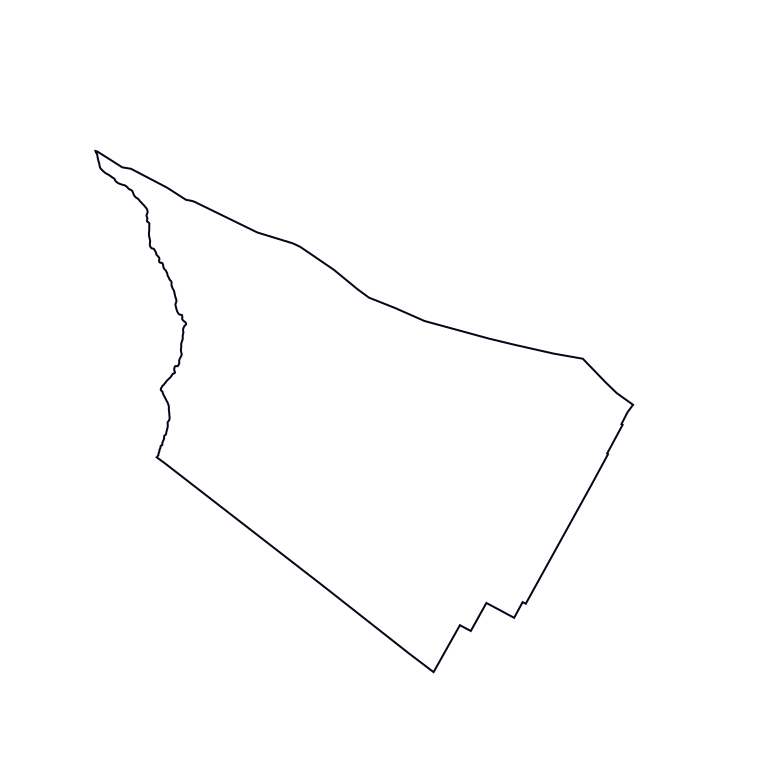 José C. Paz, Buenos Aires, Argentina (Robinson projection), rotated 347°
{"feature_id": "61730980B63252687279730", "entity_name": "José C. Paz", "entity_type": "district", "adm_level": 2, "iso_a3": "ARG", "parent_name": "Argentina", "parent_adm1": "Buenos Aires", "projection": "robinson", "projection_center": [-58.809, -34.505], "detail": "fine", "context": "isolated", "style": "outline", "palette": "ink", "viewbox_px": 768, "rotation_deg": 347, "n_neighbors": 0, "source": "geoboundaries", "source_scale": "gbopen_adm2", "svg_char_len": 3412}
<svg xmlns="http://www.w3.org/2000/svg" viewBox="0 0 768 768"><g transform="rotate(347 384 384)"><path d="M326.9,226.5L294.7,207.9L240.3,163.8L238.4,162.6L232.4,159.9L216.8,143.9L185.9,117.4L177.7,114.0L157.0,93.0L155.3,92.1L155.4,93.7L156.1,95.1L156.1,96.9L156.0,98.3L155.9,100.4L156.0,103.9L156.1,105.1L156.0,107.1L156.0,108.8L156.3,110.3L157.0,111.4L157.7,112.6L158.3,113.5L159.2,114.7L160.2,116.0L161.1,116.8L162.1,117.6L163.6,119.1L164.9,120.6L165.8,121.6L166.8,122.6L167.7,123.8L167.8,125.1L168.3,126.2L169.5,127.8L170.3,128.6L172.1,129.9L173.6,130.8L174.9,131.5L175.8,131.9L176.8,132.8L177.7,133.8L178.4,134.9L179.1,136.4L180.2,137.4L181.1,137.9L182.2,139.4L182.5,141.2L182.9,144.0L184.0,146.2L184.7,146.9L185.9,148.2L186.8,149.6L187.4,151.2L188.1,152.0L189.2,154.2L190.1,155.5L190.9,157.1L191.9,159.0L192.5,160.9L192.4,163.1L191.8,164.5L190.7,165.8L190.4,166.9L190.7,168.6L190.6,169.9L189.9,171.2L189.7,172.4L191.3,174.1L191.5,175.2L190.9,176.6L190.6,178.4L190.2,179.8L189.7,181.9L189.0,183.7L188.7,185.0L188.3,188.4L188.4,189.9L188.3,192.2L187.3,194.9L187.2,196.2L187.2,197.8L188.0,199.4L189.2,200.0L190.2,200.6L190.7,202.3L191.1,203.5L191.5,205.3L191.3,206.6L192.9,209.4L193.3,210.5L193.3,211.9L192.6,213.0L192.5,214.7L193.3,215.6L194.4,215.7L195.2,216.4L195.6,217.8L195.4,219.1L195.4,221.2L195.9,222.7L197.1,224.7L197.3,226.0L197.7,227.1L197.5,228.8L197.8,230.7L198.3,232.1L198.5,233.9L199.1,234.9L199.7,235.8L199.9,237.1L199.5,238.6L199.1,240.4L199.4,241.8L199.6,243.7L200.1,245.0L200.4,246.7L200.3,247.9L200.3,249.7L200.3,251.2L200.3,252.5L200.5,254.0L200.6,255.8L199.8,257.8L198.9,259.0L198.5,260.4L198.6,262.0L198.6,264.2L198.7,265.4L198.8,266.7L199.4,268.7L200.1,270.1L201.6,270.9L202.6,271.3L202.7,272.7L202.4,273.9L201.9,275.1L202.3,276.3L202.9,277.4L203.6,278.2L204.7,279.8L204.7,281.2L203.7,282.0L202.6,282.6L201.6,283.8L200.8,285.0L200.3,286.2L200.2,287.7L200.1,288.9L199.5,290.0L198.9,291.2L198.5,292.6L198.3,293.7L198.0,294.9L196.2,297.9L195.4,299.3L195.1,300.8L194.9,301.9L194.3,303.7L193.8,304.8L193.5,307.7L193.7,308.9L193.2,310.5L192.1,311.8L191.4,312.6L190.5,313.7L189.7,315.0L189.2,317.8L188.2,319.0L187.1,320.2L186.0,320.0L185.1,319.6L184.2,319.9L183.5,321.0L183.0,322.1L182.7,323.3L182.9,324.5L182.9,325.9L182.0,326.4L180.8,326.5L179.7,327.2L178.9,328.1L177.9,329.1L176.9,329.8L175.9,330.3L173.1,332.0L172.0,333.0L170.9,333.8L169.4,335.0L168.3,335.7L167.2,336.5L166.5,337.4L165.7,338.2L165.2,339.3L165.6,340.6L166.4,341.5L166.4,342.9L167.0,346.3L167.5,347.7L167.9,349.5L168.4,351.5L168.9,353.1L169.3,356.2L169.3,357.4L169.1,358.7L168.7,359.9L168.5,361.5L168.1,365.0L167.8,366.4L167.6,368.2L167.0,370.4L165.4,371.9L164.6,372.6L164.3,373.8L164.0,375.8L163.6,377.0L162.8,378.8L162.2,379.8L161.7,380.8L161.1,381.9L160.4,383.8L159.5,384.5L158.5,384.8L157.9,385.7L157.5,387.5L156.9,388.7L156.2,389.4L154.9,391.3L154.5,392.6L154.1,393.7L152.6,394.0L151.9,395.3L151.5,396.5L150.5,397.4L150.0,399.1L148.9,400.7L148.4,401.7L148.1,402.7L147.3,403.3L146.0,404.3L152.1,411.3L280.9,569.1L347.5,651.9L367.5,675.9L403.7,636.1L413.0,644.2L434.5,620.4L458.2,641.1L470.0,627.7L472.7,630.0L564.0,528.3L586.5,502.8L585.8,501.9L607.3,477.5L606.3,476.6L614.9,466.3L622.0,460.3L608.7,445.2L600.4,432.4L583.4,404.1L555.8,392.4L519.5,374.9L496.5,363.4L437.6,331.7L411.4,312.1L388.8,296.5L379.6,285.8L360.8,261.4L333.3,231.6L329.7,228.7L326.9,226.5Z" fill="none" stroke="#020617" stroke-width="2"/></g></svg>